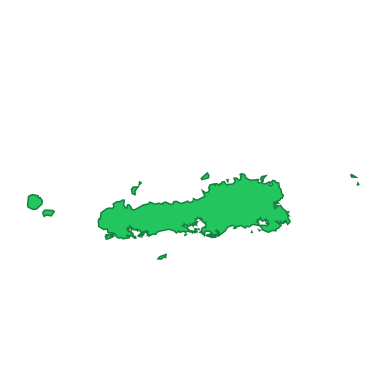 the district of Simeulue, Aceh, Indonesia, rotated 136°
{"feature_id": "22746128B32199422560180", "entity_name": "Simeulue", "entity_type": "district", "adm_level": 2, "iso_a3": "IDN", "parent_name": "Indonesia", "parent_adm1": "Aceh", "projection": "natural_earth1", "projection_center": [96.15, 2.538], "detail": "fine", "context": "isolated", "style": "filled", "palette": "green", "viewbox_px": 384, "rotation_deg": 136, "n_neighbors": 0, "source": "geoboundaries", "source_scale": "gbopen_adm2", "svg_char_len": 6179}
<svg xmlns="http://www.w3.org/2000/svg" viewBox="0 0 384 384"><g transform="rotate(136 192 192)"><path d="M145.7,102.3L142.7,102.3L141.5,103.3L140.9,106.9L139.6,108.1L138.8,107.4L138.6,112.3L137.5,113.6L138.3,115.5L137.7,121.0L142.2,123.0L142.3,122.2L144.0,122.4L142.8,125.0L141.9,124.9L142.3,126.0L141.1,124.7L140.5,127.9L139.2,126.9L139.5,126.0L137.0,126.5L134.8,125.1L132.7,125.7L131.4,124.8L128.6,126.2L128.6,128.4L126.1,132.6L126.2,134.4L123.3,138.3L124.9,140.5L124.5,142.1L125.6,144.1L127.6,144.2L129.0,141.4L131.5,141.9L131.3,143.6L129.3,144.1L129.2,145.5L133.4,146.9L134.8,148.1L135.2,150.9L137.4,151.6L137.8,152.9L135.7,155.0L141.1,159.1L142.6,161.7L143.5,165.2L142.3,166.7L142.3,168.7L143.8,170.9L145.4,171.1L145.4,168.8L146.5,169.1L148.4,167.3L149.9,167.7L150.3,171.1L152.2,172.7L153.5,169.4L156.9,169.3L162.3,173.4L161.6,177.1L163.5,178.3L165.3,177.2L165.9,178.5L168.0,178.1L168.1,180.3L169.7,181.8L170.6,180.9L170.6,182.6L174.3,184.7L177.4,183.2L177.3,181.6L180.3,180.7L182.8,182.0L183.5,185.7L185.8,180.0L194.1,182.6L195.6,186.2L196.9,184.8L199.2,184.8L201.3,186.5L201.4,188.4L207.9,191.2L209.7,196.1L211.8,197.7L213.9,196.6L216.0,198.0L217.9,203.0L220.2,204.3L221.5,203.4L223.9,207.3L227.0,208.7L229.4,214.1L231.6,213.8L236.1,216.5L246.2,219.2L247.5,222.5L246.3,223.3L246.3,227.0L247.5,227.5L250.2,225.7L250.7,226.4L250.4,230.1L246.4,233.0L247.3,234.4L250.4,235.0L252.5,237.1L257.0,238.1L258.3,235.7L260.9,235.4L262.0,237.4L264.8,239.2L271.8,240.2L276.6,236.4L277.3,237.4L279.4,236.4L283.0,232.1L281.6,226.4L278.7,224.0L280.6,221.3L278.3,218.5L279.1,218.0L278.4,216.7L276.6,217.5L277.7,216.1L276.4,215.2L277.5,212.4L276.8,209.8L274.4,208.2L274.1,206.2L268.9,202.7L268.4,203.7L269.4,205.5L268.4,206.0L267.6,203.6L266.2,203.7L266.8,203.1L266.0,203.1L265.3,198.4L264.3,197.9L263.8,199.2L264.9,199.6L263.3,203.7L264.2,205.4L263.4,206.4L265.0,207.6L264.9,209.8L263.6,211.1L262.8,210.5L263.8,208.7L260.3,210.8L260.2,208.3L260.9,208.7L262.0,206.6L260.0,207.3L260.0,205.0L257.3,203.4L258.3,203.1L257.6,202.5L258.1,201.8L256.5,201.3L256.3,198.5L257.7,197.9L255.9,196.0L255.1,196.2L255.9,197.3L254.7,197.4L253.7,196.1L254.0,195.7L252.5,196.3L251.5,195.2L252.6,195.0L251.5,193.8L252.4,193.8L252.5,191.0L253.5,190.2L249.6,189.0L247.2,186.7L245.3,187.4L242.5,186.3L234.3,181.1L231.8,176.1L231.7,173.4L228.4,173.2L229.0,171.7L225.0,169.3L224.7,167.1L223.8,167.6L220.9,165.7L221.5,165.1L220.1,163.8L220.1,162.3L218.7,162.8L218.4,160.8L217.7,160.8L218.4,161.6L218.2,162.3L216.7,161.4L216.5,159.7L215.7,160.3L216.5,162.2L218.1,162.5L220.7,166.1L220.2,169.0L222.2,173.9L221.1,173.1L220.4,174.7L219.5,174.2L219.2,170.7L218.5,171.4L218.5,170.0L217.2,169.2L216.0,170.1L216.4,169.1L214.8,168.4L214.9,166.9L212.7,169.6L213.6,167.1L212.4,166.5L212.7,165.4L211.5,167.3L211.5,165.6L211.1,166.3L210.7,165.4L210.6,168.0L210.2,166.7L208.7,166.8L209.5,167.8L208.8,170.1L207.4,169.1L206.3,170.0L207.0,168.5L205.7,169.8L205.2,169.5L204.8,166.4L204.0,167.1L203.6,165.9L205.2,166.0L204.2,164.6L205.0,163.9L204.6,161.0L202.6,160.3L204.3,160.8L205.0,158.3L207.8,156.4L206.5,157.9L209.9,159.0L212.0,157.4L214.3,157.5L213.6,156.3L212.5,157.0L213.4,155.3L212.5,154.7L213.5,154.1L213.3,152.0L209.7,154.7L206.6,151.6L206.5,148.1L210.4,150.4L210.0,148.8L209.2,148.9L209.0,148.5L210.4,148.6L210.4,147.8L208.5,148.4L208.7,147.3L207.9,147.7L207.7,146.3L207.3,146.6L202.3,143.5L201.5,144.6L201.9,147.5L200.9,147.5L200.3,145.7L201.2,142.4L204.6,143.3L203.8,142.0L195.3,140.9L190.8,142.0L185.9,139.8L184.6,136.0L180.1,134.0L178.8,129.1L176.4,129.3L175.1,127.3L170.7,126.5L167.4,121.7L165.7,123.0L166.1,125.5L164.6,124.9L164.3,126.6L163.2,125.3L160.6,126.1L160.5,125.0L161.7,124.7L161.6,121.9L159.3,121.4L159.3,119.7L158.3,120.5L158.8,121.3L157.5,120.9L158.4,119.8L157.3,118.6L158.7,117.2L160.7,118.4L158.7,116.0L159.5,115.5L160.1,116.4L160.8,115.4L166.6,121.2L166.9,116.6L167.7,116.2L165.1,110.0L160.8,108.4L158.7,105.8L156.7,106.9L155.1,105.9L151.2,106.1L152.2,112.7L151.0,111.8L151.8,110.7L150.0,108.2L149.0,109.3L149.5,107.0L148.1,107.3L148.0,105.9L146.0,105.6L146.4,106.5L145.6,106.1L145.1,107.5L145.3,106.1L144.5,106.2L144.3,105.5L145.8,105.4L144.9,105.0L145.7,102.3ZM315.9,287.8L308.5,287.6L305.7,289.8L305.1,293.4L306.2,293.8L305.4,296.4L308.7,301.1L312.6,302.4L319.8,296.4L320.3,294.6L318.5,290.0L315.9,287.8ZM312.6,276.5L309.9,272.6L304.7,273.6L304.9,275.3L310.2,281.1L313.2,281.1L314.5,279.6L315.3,277.1L312.6,276.5ZM176.3,194.0L170.3,190.7L168.2,192.5L167.8,195.1L175.9,195.4L176.3,194.0ZM233.8,235.9L236.1,232.3L234.8,229.6L232.0,232.5L227.3,233.1L230.8,236.4L233.8,235.9ZM286.5,217.5L281.1,215.0L281.2,216.9L279.2,218.0L280.5,217.6L281.2,218.8L280.5,219.4L281.8,219.1L283.0,220.4L282.9,219.6L283.6,219.3L283.4,220.4L285.2,220.3L286.5,217.5ZM260.9,165.2L256.9,164.5L256.6,163.2L254.0,165.1L259.9,167.8L262.9,167.6L260.9,165.2ZM133.8,153.8L134.1,150.8L133.2,150.4L131.6,152.1L127.5,152.3L131.1,154.6L133.8,153.8ZM259.8,195.1L259.1,194.5L258.4,195.8L256.9,194.8L256.1,196.0L259.7,198.1L260.5,197.0L261.6,198.4L260.9,196.6L259.3,197.3L259.0,195.8L259.8,195.1ZM65.9,93.8L66.8,91.8L63.7,88.7L65.0,93.7L65.9,93.8ZM225.1,233.9L222.2,233.8L222.7,235.6L225.1,233.9ZM209.6,145.8L206.3,143.0L205.5,144.9L205.1,144.5L204.9,144.7L205.4,145.2L206.7,144.6L209.6,147.1L209.6,145.8ZM66.5,83.2L68.0,82.3L68.1,82.0L66.8,81.6L66.5,83.2ZM139.1,125.0L137.4,123.9L137.5,125.4L139.1,125.0ZM280.3,215.5L278.8,214.5L278.4,215.3L279.6,216.1L280.3,215.5ZM226.3,166.2L227.8,165.7L225.8,165.5L226.3,166.2ZM216.3,162.1L214.6,162.1L214.3,162.3L215.5,163.5L216.3,162.1ZM157.5,175.9L158.5,176.5L159.0,174.7L157.5,175.9ZM136.9,111.3L137.2,110.2L136.2,110.4L136.9,111.3ZM187.0,136.7L186.0,136.0L186.2,136.9L187.0,136.7ZM140.9,123.3L139.5,122.8L140.9,123.8L140.9,123.3ZM211.0,148.9L210.8,149.7L211.7,150.4L211.6,149.5L211.0,148.9ZM212.7,160.7L213.4,160.6L212.8,160.0L212.7,160.7ZM176.5,122.0L177.2,121.7L176.8,121.2L176.5,122.0ZM205.0,144.5L204.4,143.9L203.9,143.8L205.0,144.5ZM253.7,194.0L252.8,192.9L252.5,193.4L253.7,194.0ZM170.2,118.1L170.3,117.1L169.7,117.1L170.2,118.1ZM254.0,191.5L253.1,192.0L254.2,191.7L254.0,191.5ZM254.1,196.1L254.2,195.4L253.7,196.1L254.1,196.1Z" fill="#22c55e" stroke="#15803d" stroke-width="1.5"/></g></svg>